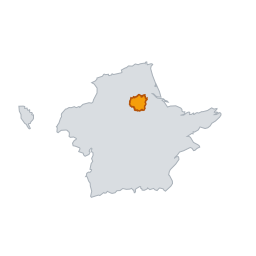 Dordogne highlighted on a map of France, rotated 150°
{"feature_id": "FRA-5286", "entity_name": "Dordogne", "entity_type": "Metropolitan department", "adm_level": 1, "iso_a3": "FRA", "parent_name": "France", "parent_adm1": "", "projection": "robinson", "projection_center": [0.813, 45.142], "detail": "fine", "context": "in_parent", "style": "filled", "palette": "amber", "viewbox_px": 256, "rotation_deg": 150, "n_neighbors": 0, "source": "natural_earth", "source_scale": "10m", "svg_char_len": 6119}
<svg xmlns="http://www.w3.org/2000/svg" viewBox="0 0 256 256"><g transform="rotate(150 128 128)"><path d="M188.9,107.1L187.5,107.8L186.6,109.2L185.7,109.5L184.0,109.5L183.2,108.6L181.2,109.2L180.4,110.1L181.6,111.2L177.7,115.6L175.2,116.8L174.8,119.7L171.8,121.9L170.7,124.2L170.7,124.7L171.4,125.4L171.2,126.9L169.6,127.9L169.7,128.8L170.1,129.0L172.4,128.2L173.3,127.3L172.8,126.1L175.1,124.6L179.3,125.0L179.9,127.0L179.4,128.6L182.5,132.2L180.0,133.9L179.8,135.0L182.7,138.6L184.4,140.1L183.6,142.6L180.7,144.1L178.9,144.0L178.1,144.4L178.2,145.2L179.6,147.4L182.7,148.8L183.2,150.5L182.4,151.1L181.0,153.7L181.7,154.9L181.5,155.5L181.8,156.3L182.6,157.2L187.0,159.4L190.9,158.9L191.5,160.2L189.2,163.5L189.3,165.0L188.1,165.1L187.9,165.6L185.5,166.7L181.7,170.0L179.9,171.0L179.2,172.7L178.2,173.7L172.6,175.6L171.6,175.2L168.8,175.2L167.1,174.0L163.8,173.3L162.7,171.5L159.6,171.1L159.5,170.0L155.2,171.0L149.1,169.4L147.0,167.7L145.3,168.1L143.7,169.7L137.3,173.8L134.8,178.0L135.3,183.0L136.8,185.4L132.8,185.1L130.5,185.8L129.9,186.8L124.3,185.6L122.2,186.6L121.6,186.5L120.9,185.5L118.1,184.3L118.5,183.5L118.2,182.8L115.6,182.2L114.7,182.9L113.7,181.5L106.4,179.2L105.3,179.3L104.8,181.5L100.1,181.4L99.5,181.0L96.5,181.5L93.3,179.4L89.7,179.8L87.5,177.7L85.4,177.5L82.4,176.4L81.1,175.8L80.9,175.2L80.0,176.2L78.9,176.0L78.7,175.7L79.4,174.5L79.6,173.1L75.8,172.1L74.9,171.1L74.9,170.5L76.9,170.1L78.7,168.1L80.5,161.2L81.8,152.9L82.7,151.4L83.9,150.9L83.0,149.8L81.8,151.3L82.6,143.8L84.0,138.2L87.0,140.4L87.8,141.4L88.7,144.8L90.4,146.2L89.3,144.8L88.2,140.4L87.5,139.1L82.6,135.4L82.4,134.6L84.6,135.0L83.7,132.2L83.3,126.4L80.3,125.8L75.5,123.3L72.3,118.9L72.0,117.2L72.8,115.5L72.1,114.3L70.7,113.6L71.8,112.1L72.8,111.9L76.2,112.8L73.4,111.3L68.9,111.8L67.1,111.3L66.8,110.3L68.0,108.9L66.5,108.1L63.9,108.3L63.6,107.9L64.4,107.0L63.7,106.6L61.6,107.0L60.4,106.7L59.3,105.6L55.9,105.3L55.1,104.7L50.4,103.4L45.5,103.6L44.1,101.4L41.2,100.4L41.8,99.7L44.8,99.0L45.4,98.4L43.2,97.5L42.5,96.6L46.5,96.4L44.7,95.4L40.8,95.5L40.3,94.2L40.9,92.8L43.2,91.6L48.8,90.3L53.0,90.2L55.9,88.7L58.8,88.3L61.5,89.0L65.1,92.9L68.1,91.2L72.5,91.2L73.4,92.2L74.6,90.4L75.5,91.4L80.9,91.1L79.6,90.4L78.6,88.8L78.5,82.8L75.8,78.5L75.2,76.9L75.4,75.6L78.5,75.8L81.2,75.2L82.5,75.6L82.7,78.4L83.8,80.0L91.2,80.5L95.4,81.4L99.0,79.8L102.3,79.1L102.6,78.7L100.7,78.9L98.9,78.2L98.7,77.5L99.6,75.3L104.7,72.9L112.2,70.8L114.1,69.5L116.3,67.1L115.8,66.4L116.1,59.9L117.2,57.7L120.0,56.2L127.2,54.6L128.1,56.7L128.0,57.8L130.0,59.7L130.9,60.3L134.1,59.3L135.6,61.0L136.1,62.9L139.9,63.7L141.0,66.3L141.7,65.7L144.1,65.8L145.2,66.0L146.8,67.2L146.4,68.7L147.1,69.4L146.4,70.8L146.9,71.4L151.3,71.4L152.6,70.8L153.1,69.4L154.4,68.5L154.9,68.8L154.2,71.4L154.8,72.1L155.1,74.0L156.8,74.1L160.1,75.7L162.8,78.2L166.2,77.8L168.9,79.2L171.6,78.4L174.2,79.2L175.1,79.9L177.6,83.5L179.4,82.7L180.8,83.2L181.2,84.2L186.1,83.6L187.0,84.6L188.1,84.9L194.4,86.3L194.5,87.6L191.0,91.4L189.6,96.7L188.6,98.6L188.3,100.0L188.6,100.9L188.5,102.4L187.8,105.9L188.3,106.9L188.9,107.1ZM214.4,179.7L214.2,182.0L215.1,183.6L215.7,190.0L213.9,193.2L213.7,196.9L211.6,201.4L207.9,199.4L206.7,198.3L207.7,196.6L205.5,195.7L206.0,194.0L205.7,193.2L204.2,193.1L204.1,192.6L205.2,191.4L205.1,190.6L203.7,189.6L203.4,188.7L204.7,187.7L204.1,186.8L203.3,186.6L205.0,183.6L206.3,182.7L209.1,181.9L210.2,180.8L212.1,181.4L212.4,181.1L212.8,176.5L213.5,176.4L214.1,177.0L214.4,179.7ZM82.8,132.6L82.4,133.9L80.5,131.6L80.3,130.3L82.8,132.6Z" fill="#d9dde1" stroke="#a8b0b8" stroke-width="1"/><path d="M96.9,148.3L97.5,147.6L97.5,147.4L97.2,147.1L97.2,146.8L97.3,146.6L97.5,146.3L97.6,146.2L97.6,145.9L97.9,145.2L97.7,144.5L97.5,144.4L96.7,144.4L96.9,144.1L97.0,144.0L97.1,143.9L97.0,143.7L97.1,143.3L98.0,142.9L98.3,142.9L98.5,142.9L98.6,143.0L98.7,142.9L98.9,142.9L99.0,142.8L99.1,142.7L99.2,142.4L99.3,142.3L99.6,142.2L99.8,142.1L100.0,141.9L100.2,141.6L100.3,141.5L100.2,141.1L100.2,140.9L100.3,140.7L100.4,140.1L100.5,139.9L100.6,139.7L101.9,138.9L102.1,138.9L102.3,138.9L102.6,138.7L102.9,138.1L103.2,137.7L103.3,137.6L103.4,137.4L103.4,137.2L103.4,136.8L103.4,136.7L103.5,136.5L103.8,136.5L104.0,136.4L104.3,136.1L104.5,135.8L104.9,135.5L105.1,135.6L105.5,135.7L105.8,135.7L106.0,135.7L106.3,135.9L106.5,136.2L106.6,136.3L106.4,136.8L106.5,137.0L107.1,137.2L107.3,137.2L107.5,137.1L107.6,136.9L107.8,136.8L108.0,137.0L108.5,136.9L109.0,137.0L109.3,136.9L109.5,137.0L109.8,137.3L110.1,137.7L110.2,137.8L110.3,137.9L110.6,138.0L111.1,138.1L111.3,138.2L111.3,138.3L111.2,138.4L111.1,138.5L110.9,138.6L110.9,138.8L111.0,139.0L111.3,139.1L111.5,139.1L111.8,139.3L112.1,139.2L112.4,139.5L112.5,139.5L112.8,139.6L112.8,139.8L112.7,140.0L112.7,140.3L112.8,140.4L113.0,140.4L113.3,140.4L113.3,140.5L113.2,140.7L112.9,140.9L112.7,141.2L112.5,141.3L112.4,141.4L112.4,141.5L112.3,141.8L112.4,142.0L112.5,142.2L112.7,142.3L112.8,142.4L112.7,142.5L112.3,142.8L112.2,143.0L112.3,143.1L112.7,143.2L112.8,143.2L112.9,143.4L112.9,143.5L112.7,143.8L112.8,143.9L112.9,144.0L113.1,144.1L113.3,144.2L114.1,144.2L114.2,144.3L114.2,144.5L114.1,144.8L114.3,145.1L114.4,145.3L114.5,145.5L114.8,145.7L114.9,146.0L114.6,146.2L114.5,146.4L114.8,147.2L114.8,147.4L114.7,147.5L114.7,147.9L114.7,148.0L114.2,148.4L114.1,148.5L113.9,148.9L113.8,149.1L113.7,149.1L113.4,149.2L113.2,149.4L113.1,149.5L113.3,149.8L113.3,150.0L113.2,150.1L113.0,150.4L112.9,150.5L112.7,150.6L112.4,150.7L112.2,150.9L112.0,151.0L111.8,151.0L111.7,151.0L110.9,152.1L110.5,152.5L110.3,152.7L110.0,152.3L109.5,151.9L109.0,151.7L108.6,151.7L107.8,152.2L107.4,152.3L107.1,151.9L107.4,151.7L107.4,151.4L107.3,151.1L107.0,150.9L106.8,150.9L106.1,151.1L105.5,151.2L105.2,151.1L105.1,150.8L104.9,150.8L104.4,150.8L104.1,150.9L103.9,151.2L103.8,151.3L103.7,151.3L103.4,151.1L102.5,151.5L102.2,151.6L101.7,151.4L101.4,150.9L101.1,150.3L100.7,149.8L100.6,149.6L100.4,149.4L100.3,148.8L100.5,148.8L100.7,148.7L100.9,148.6L101.0,148.4L100.9,148.2L100.2,148.0L99.9,148.0L100.0,148.2L99.8,148.4L99.5,148.8L99.2,148.8L97.5,148.6L97.4,148.6L97.2,148.4L96.9,148.3Z" fill="#f59e0b" stroke="#b45309" stroke-width="1.5"/></g></svg>